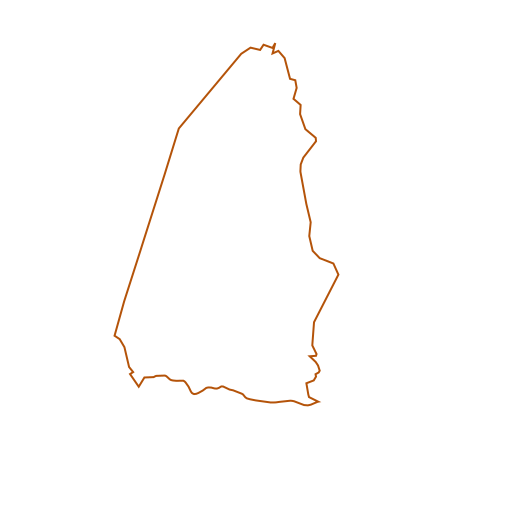 Burlington, New Jersey, United States of America (orthographic projection), rotated 220°
{"feature_id": "52423323B76403507103928", "entity_name": "Burlington", "entity_type": "district", "adm_level": 2, "iso_a3": "USA", "parent_name": "United States of America", "parent_adm1": "New Jersey", "projection": "orthographic", "projection_center": [-74.789, 39.861], "detail": "fine", "context": "isolated", "style": "outline", "palette": "amber", "viewbox_px": 512, "rotation_deg": 220, "n_neighbors": 0, "source": "geoboundaries", "source_scale": "gbopen_adm2", "svg_char_len": 1561}
<svg xmlns="http://www.w3.org/2000/svg" viewBox="0 0 512 512"><g transform="rotate(220 256 256)"><path d="M256.6,97.4L256.5,97.6L255.8,99.3L255.3,100.1L249.0,105.8L248.0,106.2L246.8,106.3L242.8,106.1L241.3,106.4L239.7,107.2L236.9,109.1L231.6,113.7L230.3,114.0L228.8,113.9L223.8,112.6L218.7,110.3L217.5,110.0L217.2,109.9L216.1,110.0L214.7,110.4L213.2,112.0L212.1,114.0L210.3,118.7L209.3,123.0L208.1,124.6L205.8,126.4L202.6,127.9L201.2,128.9L200.3,129.9L200.0,130.6L199.6,131.2L198.9,133.4L198.5,134.0L197.3,134.9L190.4,136.7L187.2,138.4L178.3,141.4L178.2,141.4L177.0,141.6L173.3,140.9L171.4,141.1L168.5,142.4L163.4,145.2L150.8,153.1L150.6,153.2L146.8,156.5L144.2,159.4L136.7,167.2L135.3,168.2L133.5,169.2L127.4,171.3L123.4,172.7L120.3,174.9L120.2,175.0L118.4,177.4L115.1,183.9L114.7,184.4L124.7,182.0L127.0,183.6L135.6,190.9L131.8,197.8L132.5,202.2L134.4,203.7L133.1,207.1L133.5,209.1L138.1,212.0L142.2,213.2L150.4,213.7L145.9,218.1L146.6,219.8L155.4,223.7L157.8,227.0L169.0,242.6L180.9,294.7L191.9,300.0L205.8,295.3L215.9,296.4L228.0,305.5L235.8,317.0L251.0,328.3L256.2,332.6L275.8,348.8L276.5,349.5L280.6,354.9L283.0,361.8L283.8,382.5L286.2,384.9L299.7,384.9L313.4,393.0L318.9,400.4L328.3,400.5L332.9,410.9L338.9,415.9L343.8,413.6L361.3,426.0L370.7,427.5L373.5,421.8L378.1,431.5L377.1,426.0L386.0,422.7L385.3,416.5L394.1,412.1L397.3,401.4L397.1,304.1L378.2,259.2L351.6,194.5L347.5,184.6L327.8,136.4L313.1,104.0L307.0,104.7L298.2,101.6L281.9,89.4L275.5,88.1L276.6,84.6L261.8,80.5L263.4,91.2L256.6,97.4Z" fill="none" stroke="#b45309" stroke-width="2"/></g></svg>